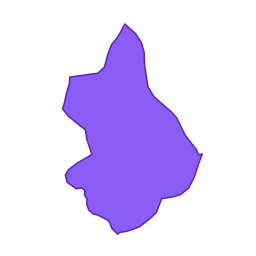 the district of Pukchong, Hamgyŏng-namdo, North Korea, rotated 81°
{"feature_id": "82179303B88623362081426", "entity_name": "Pukchong", "entity_type": "district", "adm_level": 2, "iso_a3": "PRK", "parent_name": "North Korea", "parent_adm1": "Hamgyŏng-namdo", "projection": "equal_earth", "projection_center": [128.374, 40.231], "detail": "fine", "context": "isolated", "style": "filled", "palette": "violet", "viewbox_px": 256, "rotation_deg": 81, "n_neighbors": 0, "source": "geoboundaries", "source_scale": "gbopen_adm2", "svg_char_len": 951}
<svg xmlns="http://www.w3.org/2000/svg" viewBox="0 0 256 256"><g transform="rotate(81 128 128)"><path d="M68.6,177.5L75.2,179.0L84.4,183.5L92.3,186.5L98.9,189.6L106.9,185.2L115.1,177.8L123.2,170.4L132.5,170.5L140.5,169.1L148.5,167.7L154.8,184.0L160.0,193.5L164.6,197.2L171.9,196.7L173.0,195.6L179.9,188.7L180.1,183.0L182.3,180.9L183.6,180.5L187.4,181.5L191.6,179.6L196.7,180.6L203.0,179.6L207.4,175.8L209.2,171.7L215.2,163.2L217.8,161.1L220.5,160.5L224.3,159.8L231.1,155.0L229.8,151.9L229.9,146.0L228.7,138.6L227.5,132.6L221.1,120.7L216.0,113.3L202.9,105.7L203.1,95.4L202.0,86.5L196.8,77.5L186.4,70.0L174.6,64.0L165.4,58.8L165.3,62.5L160.0,63.9L152.0,68.3L143.9,72.7L134.6,75.6L125.2,78.5L118.5,82.9L111.7,88.7L100.9,97.6L90.2,101.9L78.3,101.8L69.0,101.8L55.8,100.2L45.1,101.6L35.7,106.0L24.9,114.8L32.7,120.8L37.9,125.3L43.1,131.2L51.0,135.8L64.1,141.8L69.2,149.2L68.9,164.1L68.6,177.5Z" fill="#8b5cf6" stroke="#5b21b6" stroke-width="1.5"/></g></svg>